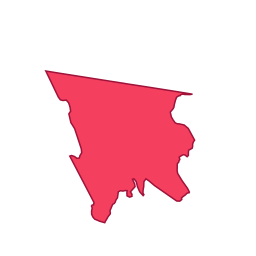 map outline of Arusha (Equal Earth projection), rotated 332°
{"feature_id": "TZA-3391", "entity_name": "Arusha", "entity_type": "Region", "adm_level": 1, "iso_a3": "TZA", "parent_name": "United Republic of Tanzania", "parent_adm1": "", "projection": "equal_earth", "projection_center": [35.974, -2.918], "detail": "fine", "context": "isolated", "style": "filled", "palette": "rose", "viewbox_px": 256, "rotation_deg": 332, "n_neighbors": 0, "source": "natural_earth", "source_scale": "10m", "svg_char_len": 1750}
<svg xmlns="http://www.w3.org/2000/svg" viewBox="0 0 256 256"><g transform="rotate(332 128 128)"><path d="M82.2,39.1L91.4,46.1L103.1,54.9L114.8,63.7L126.5,72.5L138.2,81.3L149.9,90.1L161.6,98.8L173.3,107.6L185.0,116.4L196.6,125.2L200.8,128.4L198.4,127.6L193.9,125.1L192.1,123.7L190.1,123.4L189.1,123.9L188.1,123.4L185.4,123.6L182.9,125.8L179.6,129.4L178.2,131.3L176.4,132.4L172.8,133.8L171.5,138.6L171.6,142.2L172.1,145.6L173.4,147.3L175.2,148.4L179.0,151.7L181.0,156.7L181.1,170.0L179.2,171.0L177.5,172.6L176.5,174.5L175.2,176.0L171.1,176.1L169.7,178.2L168.4,180.6L166.7,181.1L165.7,178.7L164.7,177.8L163.7,177.4L159.7,177.7L159.3,178.2L159.3,179.0L158.9,180.2L157.8,180.7L156.7,182.0L155.7,182.3L154.7,182.8L151.4,188.6L150.5,191.5L151.0,199.9L152.2,209.2L152.1,213.4L151.4,213.9L150.5,213.4L148.9,213.4L147.4,214.0L144.9,214.3L142.4,214.9L141.9,216.4L139.4,216.9L136.7,215.3L124.4,191.3L121.8,184.8L120.0,181.3L116.9,182.8L114.2,187.4L112.3,189.7L110.8,192.2L110.7,194.4L109.6,194.8L108.4,189.8L108.8,184.4L110.1,179.2L109.4,175.7L107.9,175.4L107.6,180.5L106.7,183.1L100.2,185.5L100.4,188.3L99.4,190.2L97.0,189.8L95.3,187.5L96.4,185.0L97.8,182.9L96.1,181.9L93.9,181.3L91.8,179.8L89.5,179.8L85.9,184.7L83.7,185.8L81.8,187.5L80.3,188.2L78.6,188.2L73.4,192.5L72.9,193.4L72.7,194.4L72.0,195.5L68.8,196.9L66.9,198.2L64.8,199.4L63.0,200.7L59.2,197.0L55.8,192.8L55.2,190.0L55.4,187.1L56.8,184.3L58.7,182.0L59.0,181.0L59.1,179.8L60.2,179.2L61.5,179.7L63.0,177.8L63.4,125.5L65.3,125.8L67.4,128.1L68.7,130.8L70.7,131.6L71.7,130.9L72.5,129.9L75.5,128.1L77.0,124.4L80.6,103.5L80.1,96.4L82.4,87.8L83.7,87.0L85.2,86.3L86.6,82.4L87.4,78.0L86.6,74.4L83.5,73.2L81.5,71.4L81.0,68.1L82.2,39.2L82.2,39.1Z" fill="#f43f5e" stroke="#9f1239" stroke-width="1.5"/></g></svg>